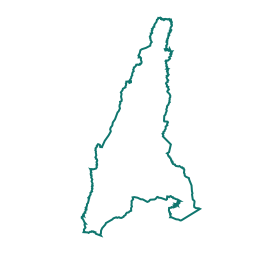 San Juan De Arama, Meta, Colombia, rotated 258°
{"feature_id": "7082276B21683535266968", "entity_name": "San Juan De Arama", "entity_type": "district", "adm_level": 2, "iso_a3": "COL", "parent_name": "Colombia", "parent_adm1": "Meta", "projection": "orthographic", "projection_center": [-73.737, 3.312], "detail": "fine", "context": "isolated", "style": "outline", "palette": "teal", "viewbox_px": 256, "rotation_deg": 258, "n_neighbors": 0, "source": "geoboundaries", "source_scale": "gbopen_adm2", "svg_char_len": 5810}
<svg xmlns="http://www.w3.org/2000/svg" viewBox="0 0 256 256"><g transform="rotate(258 128 128)"><path d="M132.2,111.3L130.5,110.3L128.4,110.5L127.9,110.2L124.8,107.5L120.3,102.6L115.5,99.1L115.5,98.0L114.8,98.2L115.1,96.9L117.4,96.9L118.4,95.3L117.6,94.4L116.8,94.1L116.8,93.7L116.1,93.6L114.9,92.0L114.1,92.1L113.1,91.4L111.9,91.8L110.8,91.4L107.8,91.3L106.1,90.0L105.2,90.5L104.6,90.2L103.8,91.1L102.3,91.1L101.2,90.1L99.4,90.3L98.9,89.7L98.2,90.1L97.5,89.3L96.2,89.4L95.0,88.3L94.8,85.7L95.5,83.4L94.9,83.1L95.2,82.7L93.9,83.1L93.6,82.6L92.0,82.9L91.9,82.4L90.8,81.9L89.8,82.0L89.5,82.4L89.1,82.0L88.4,82.4L87.2,81.7L85.1,82.4L83.5,81.3L81.1,81.8L79.8,81.1L79.4,81.4L78.6,80.8L78.5,81.2L76.4,80.2L75.9,80.6L74.2,79.4L73.5,79.6L73.4,79.0L72.9,78.9L72.3,77.7L70.6,77.6L69.8,76.5L68.7,76.1L68.6,75.5L67.8,75.4L67.8,74.9L67.1,75.2L66.8,74.7L66.1,74.8L62.9,73.2L62.0,72.0L60.4,71.7L59.3,70.7L58.8,70.8L58.6,70.2L58.1,70.6L57.6,70.5L57.8,70.3L57.6,70.1L57.2,70.3L56.9,69.6L56.5,69.8L55.3,68.9L54.9,68.9L54.7,68.3L54.0,68.4L54.1,67.9L53.2,66.8L52.0,66.8L51.9,66.2L51.5,66.3L51.8,66.0L51.0,65.8L51.3,65.4L50.1,64.5L50.3,64.2L49.7,64.0L48.0,65.1L44.8,65.8L43.2,66.7L43.4,65.8L42.3,65.3L39.4,65.7L37.9,63.8L36.4,63.6L35.7,63.1L35.6,63.4L35.3,63.1L34.2,67.0L33.6,67.7L34.4,69.4L34.0,70.3L34.5,71.1L33.5,72.5L33.9,72.7L32.7,74.5L32.2,74.2L31.2,74.6L28.3,79.2L29.8,78.7L30.5,79.6L33.2,80.3L35.5,82.0L38.3,85.8L39.6,86.6L41.8,93.6L42.7,95.0L43.1,97.9L42.4,98.7L42.6,100.6L41.8,101.5L41.4,103.0L42.1,105.3L42.7,105.6L43.4,107.5L44.6,108.2L45.4,109.3L45.3,111.1L46.1,112.1L46.4,113.9L48.9,114.3L50.6,115.6L51.8,115.3L54.1,116.1L55.7,116.2L57.2,118.2L59.2,118.1L59.1,119.8L57.8,122.9L55.6,125.7L55.2,127.5L51.7,131.5L51.9,133.0L53.2,134.9L52.6,139.1L52.9,140.2L54.5,142.3L54.4,142.8L53.5,143.4L52.7,145.8L49.8,150.4L50.2,151.3L52.9,152.1L52.7,152.9L51.8,153.8L52.6,155.3L52.4,155.8L51.4,156.3L51.0,157.5L49.9,157.6L49.5,159.0L48.7,159.6L47.8,161.6L45.9,163.7L46.3,161.7L45.2,161.0L45.2,162.0L44.4,162.0L44.2,162.8L43.9,162.7L43.2,161.2L43.7,160.8L43.7,159.9L43.2,160.5L42.0,160.6L42.9,159.9L42.1,158.6L43.8,158.6L44.1,157.9L43.0,158.3L42.9,156.7L42.1,157.1L41.7,156.5L41.1,157.6L40.8,155.9L41.6,154.1L41.0,153.5L41.3,151.6L39.0,150.9L36.9,151.0L36.7,151.5L35.2,151.2L34.9,151.9L33.8,151.2L32.6,151.4L31.9,150.8L31.6,152.0L28.7,156.1L27.9,158.5L26.7,159.9L26.6,161.0L33.9,181.6L34.7,180.6L35.5,177.8L36.9,176.4L38.4,176.5L42.2,177.8L43.0,177.7L44.6,176.5L49.7,176.8L50.7,177.5L52.8,177.4L58.6,178.2L64.8,177.1L66.3,177.2L68.3,174.5L69.6,173.6L71.6,173.8L72.5,173.4L75.4,174.4L77.0,174.0L77.0,173.4L78.1,173.0L78.0,172.3L80.1,170.4L79.9,169.5L80.9,167.0L81.9,166.3L82.4,166.4L83.5,164.5L84.8,164.1L85.2,164.6L85.7,164.0L86.2,164.2L86.4,163.7L86.8,163.7L86.4,163.2L86.7,163.5L89.5,163.4L90.0,162.8L91.1,162.6L91.3,162.3L91.6,162.5L92.4,161.6L94.6,161.5L95.1,161.0L95.8,163.1L103.0,166.5L112.5,160.4L113.2,161.0L115.2,160.6L115.5,161.7L116.7,161.7L117.4,163.2L118.2,163.4L119.3,164.7L121.6,165.1L122.5,167.1L123.6,166.9L125.3,168.3L126.0,168.0L126.9,164.9L127.5,164.7L132.3,166.0L133.4,167.5L134.7,168.0L136.8,169.5L138.2,169.3L140.2,170.6L141.0,170.6L141.8,171.3L142.3,172.3L144.2,173.4L144.6,174.2L145.7,174.0L147.4,174.8L148.4,174.8L149.3,175.7L150.8,176.1L152.6,175.7L155.4,174.0L156.5,174.7L157.1,176.0L159.1,175.5L159.9,175.9L160.5,174.6L161.9,175.1L163.6,174.4L164.4,174.9L164.9,176.5L165.8,176.4L166.4,177.3L167.8,176.5L169.5,176.2L170.0,176.7L170.9,176.6L171.1,177.1L170.7,177.8L171.7,178.9L173.0,178.2L174.0,178.1L174.3,178.5L175.4,177.9L175.8,178.1L176.0,178.9L176.8,178.8L177.3,179.6L177.8,178.2L178.3,179.1L179.0,178.5L180.0,179.0L180.7,178.3L181.9,179.0L183.5,178.5L184.6,179.2L185.6,178.6L186.1,179.1L185.7,181.2L187.1,183.5L188.6,182.9L189.5,185.0L191.5,184.6L191.7,185.0L191.4,185.9L192.4,186.3L192.8,185.9L193.8,187.1L194.0,185.8L197.0,185.1L195.9,184.5L195.2,184.7L194.9,184.1L196.1,182.8L196.9,182.8L196.8,182.2L196.0,181.7L196.0,180.7L197.5,180.4L197.5,181.2L198.2,182.2L199.4,182.2L200.0,182.7L200.6,182.5L201.8,183.8L203.3,184.1L203.8,183.6L204.5,184.0L204.6,183.7L205.5,184.1L205.3,184.7L207.3,185.1L207.4,185.8L210.1,186.7L209.9,187.4L210.2,187.7L211.0,187.2L211.5,187.6L212.1,187.4L212.3,188.5L213.4,188.8L212.9,189.1L213.1,189.5L214.3,190.3L214.8,190.1L215.0,190.6L215.9,190.0L217.5,190.6L218.9,192.2L220.2,192.4L220.4,191.9L221.3,192.0L222.3,192.9L223.6,192.6L223.3,191.8L224.9,191.1L225.1,191.5L224.5,192.4L225.2,192.6L225.5,191.7L225.1,191.3L226.1,190.9L225.9,189.4L226.5,188.7L226.5,187.9L227.0,187.1L227.0,186.2L226.5,186.5L226.1,185.6L226.9,185.2L226.8,184.9L227.3,184.6L227.1,183.9L227.5,183.8L227.7,183.0L228.6,183.3L229.3,182.5L229.0,181.4L229.4,180.5L228.1,179.7L227.9,178.8L226.0,178.0L223.6,175.3L222.6,175.1L221.9,174.3L221.5,174.5L221.3,173.6L220.5,173.2L219.9,172.0L218.9,172.4L218.0,171.3L216.0,171.5L215.5,170.7L215.7,169.9L214.5,169.8L212.7,168.3L212.0,168.7L211.3,168.3L210.2,168.6L209.5,168.3L207.2,169.1L207.0,168.6L205.4,167.4L203.9,166.9L202.6,162.1L202.2,158.0L201.5,156.3L198.7,155.0L196.8,153.4L196.5,153.7L195.6,153.4L195.8,153.8L195.1,154.3L194.8,154.2L194.9,154.6L193.7,155.3L191.9,154.7L189.9,155.1L188.8,154.7L188.3,154.1L188.4,153.5L188.0,153.4L188.1,152.8L187.4,152.6L187.6,151.1L188.1,150.7L188.2,149.2L187.3,148.8L186.1,147.1L186.0,146.3L184.8,146.0L183.9,145.1L182.4,145.4L181.5,144.1L179.8,143.2L178.7,143.2L177.5,141.9L176.2,141.5L174.4,139.7L173.3,140.7L172.1,140.4L171.8,138.7L172.8,138.4L173.4,138.7L173.7,136.0L172.7,135.9L172.2,135.2L171.2,135.3L170.0,134.8L169.1,134.0L168.3,134.0L167.5,131.2L166.1,130.5L164.3,128.4L162.7,128.8L160.1,127.7L156.9,127.8L155.6,127.2L155.3,125.7L153.4,125.6L152.5,124.7L150.9,124.1L148.8,124.2L146.3,122.3L145.4,121.0L139.2,117.1L136.6,114.3L133.6,113.1L132.2,111.3Z" fill="none" stroke="#0f766e" stroke-width="2"/></g></svg>